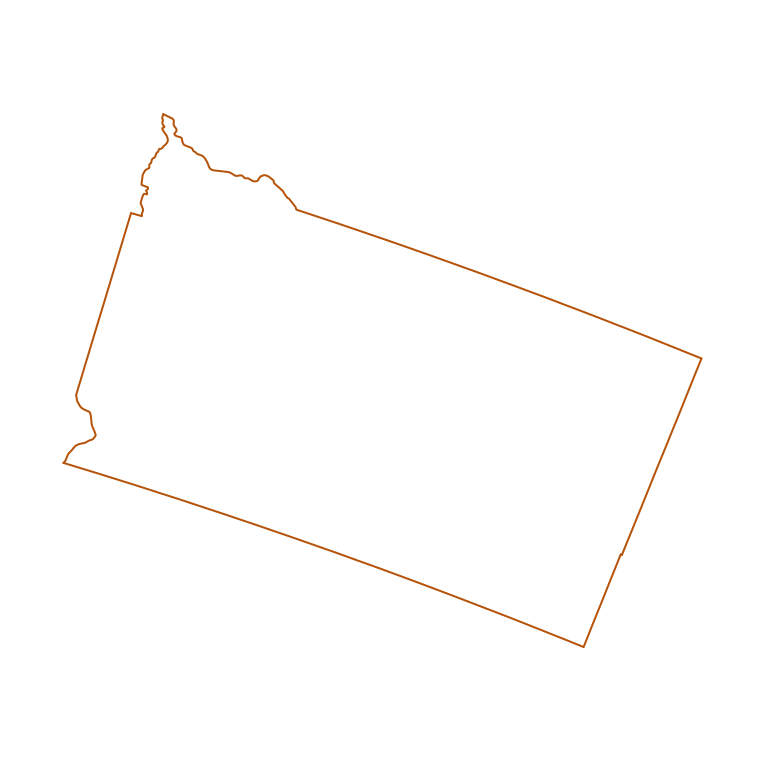 South Dakota, Albers equal-area conic projection, rotated 198°
{"feature_id": "USA-3534", "entity_name": "South Dakota", "entity_type": "State", "adm_level": 1, "iso_a3": "USA", "parent_name": "United States of America", "parent_adm1": "", "projection": "albers", "projection_center": [-98.157, 44.23], "detail": "fine", "context": "isolated", "style": "outline", "palette": "amber", "viewbox_px": 768, "rotation_deg": 198, "n_neighbors": 0, "source": "natural_earth", "source_scale": "10m", "svg_char_len": 4247}
<svg xmlns="http://www.w3.org/2000/svg" viewBox="0 0 768 768"><g transform="rotate(198 384 384)"><path d="M106.2,295.1L106.3,293.8L106.7,287.7L107.5,275.8L108.3,264.3L109.0,252.8L109.8,241.4L110.6,229.9L111.4,218.4L112.1,207.0L112.9,195.5L132.5,196.9L149.6,198.0L166.8,199.1L183.9,200.2L201.0,201.2L218.2,202.1L235.3,203.0L252.5,203.9L269.6,204.7L286.8,205.5L303.9,206.2L321.1,206.9L338.3,207.5L355.4,208.0L372.6,208.6L389.7,209.0L406.9,209.4L424.1,209.8L441.2,210.1L458.4,210.4L475.6,210.6L492.7,210.8L509.9,210.9L527.1,211.0L544.3,211.1L561.4,211.0L578.6,211.0L595.8,210.9L612.9,210.7L630.1,210.5L647.3,210.2L664.4,209.9L664.0,211.0L663.8,211.4L663.5,212.0L663.3,212.6L662.8,219.0L662.3,220.9L660.9,223.6L658.8,228.9L658.5,229.4L657.9,230.2L657.2,231.0L655.3,232.7L649.9,235.9L649.2,236.6L647.5,238.6L644.8,240.7L644.1,241.3L643.6,242.0L642.7,244.2L642.4,246.4L644.4,249.1L648.1,253.3L649.7,255.7L652.5,262.1L654.2,265.2L655.7,266.5L661.6,267.1L664.8,268.0L667.0,269.6L667.8,270.5L669.6,272.0L670.4,272.8L672.5,276.7L673.0,277.8L673.4,278.1L673.5,282.2L674.0,305.5L674.5,328.8L675.0,352.1L675.4,375.3L675.9,398.6L676.4,421.9L676.9,445.2L677.4,468.4L666.5,468.8L666.2,469.1L666.4,469.8L666.7,470.3L666.9,471.0L666.9,471.8L666.8,472.9L666.7,473.9L666.8,474.8L667.2,475.8L667.6,476.3L669.0,477.9L669.7,478.8L671.0,480.3L671.3,480.7L671.5,481.8L671.6,487.3L671.4,489.9L671.2,490.3L670.9,490.6L670.5,490.9L670.0,491.0L668.9,490.9L668.3,491.0L668.1,491.5L668.2,492.2L668.9,493.3L669.5,493.8L669.9,494.2L670.0,494.6L669.8,495.0L669.1,495.8L668.9,496.2L668.8,496.8L668.9,497.4L669.4,497.9L670.0,498.2L670.7,498.2L671.9,498.1L673.6,498.4L674.2,498.4L674.9,498.3L675.4,498.3L675.9,498.5L676.2,498.9L676.4,499.4L676.7,500.6L677.5,505.2L677.7,506.2L677.9,507.0L678.1,507.7L678.1,508.5L677.3,512.8L677.0,513.6L676.7,514.1L674.2,516.7L674.1,517.2L674.1,517.8L674.4,518.4L674.7,518.8L674.8,519.1L674.9,519.6L674.8,520.3L674.3,521.8L673.9,522.3L673.9,522.5L673.9,523.1L674.1,525.2L673.8,526.4L673.5,527.1L672.1,528.7L672.0,529.0L671.9,529.7L671.8,532.6L671.7,533.4L671.5,533.9L671.2,534.2L670.9,534.6L670.7,535.0L670.6,535.7L670.6,537.1L670.5,537.7L670.3,538.1L670.0,538.3L668.8,538.8L668.5,539.0L668.2,539.3L667.9,539.7L667.7,540.2L667.5,540.7L667.4,541.3L667.2,541.9L667.0,542.3L665.8,544.1L665.2,545.6L664.9,546.6L664.7,548.1L664.9,548.9L665.3,550.0L666.6,552.0L667.3,552.8L667.9,553.4L672.1,556.5L672.8,557.2L673.5,557.9L673.7,558.3L673.8,558.7L673.6,559.2L672.7,559.9L672.7,560.1L672.4,560.5L672.5,561.1L673.9,561.8L674.3,562.1L674.6,562.5L674.9,562.9L675.4,563.9L675.7,564.5L675.8,565.1L675.7,566.0L675.8,566.6L676.2,567.2L676.6,567.5L677.2,568.8L677.3,572.5L667.2,571.0L665.8,570.2L664.9,568.7L664.6,566.7L663.9,565.0L660.6,562.6L659.7,561.3L659.6,559.9L660.0,559.1L660.4,558.3L660.7,557.3L660.2,556.5L659.3,556.0L658.2,555.7L657.4,555.6L654.2,555.8L653.2,555.6L652.2,555.1L651.8,554.5L651.5,553.8L651.0,552.8L650.1,551.5L649.0,550.3L647.7,549.5L640.6,549.1L639.2,548.6L638.4,547.9L637.8,547.2L637.1,546.6L635.0,546.2L633.2,545.3L632.5,545.1L628.4,545.0L626.5,544.6L624.7,543.7L623.1,542.5L620.2,539.8L617.8,536.8L616.5,535.5L614.9,534.7L612.9,534.4L597.5,537.5L595.4,537.4L589.7,536.1L588.0,536.5L585.0,538.1L583.2,538.3L582.2,537.9L580.7,537.0L579.7,536.8L576.5,537.6L571.2,536.4L569.3,536.8L568.3,537.3L567.5,537.8L566.8,538.7L566.6,540.2L565.6,543.0L565.3,543.5L564.8,543.8L563.2,545.2L562.3,545.7L560.2,545.9L558.1,545.7L552.6,543.7L551.7,543.1L551.3,541.9L550.5,541.0L539.8,536.3L536.6,533.4L533.4,531.2L532.9,531.1L532.0,531.0L531.6,530.9L523.4,525.4L522.8,524.9L521.3,522.9L521.0,522.7L520.6,522.7L513.9,522.7L500.7,522.6L487.5,522.5L474.3,522.4L461.1,522.2L447.9,522.0L434.7,521.8L421.5,521.6L408.3,521.3L395.1,521.0L381.9,520.7L368.7,520.3L355.5,519.9L342.3,519.5L329.1,519.1L315.9,518.6L302.7,518.1L289.5,517.6L276.3,517.0L263.2,516.5L250.0,515.9L236.8,515.2L223.6,514.6L210.4,513.9L197.2,513.2L184.0,512.4L170.9,511.7L157.7,510.9L144.5,510.1L131.3,509.2L118.2,508.3L105.0,507.4L89.9,506.4L90.9,493.2L91.8,479.9L92.7,466.7L93.6,453.5L94.5,440.3L95.5,427.1L96.4,413.9L97.4,400.7L98.4,387.5L99.3,374.3L100.2,361.0L101.1,347.8L102.1,334.5L103.0,321.5L104.0,308.2L104.9,295.0L106.2,295.1Z" fill="none" stroke="#b45309" stroke-width="2"/></g></svg>